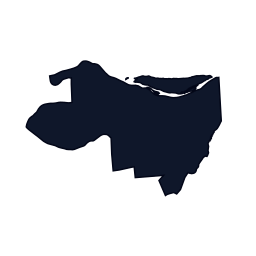 outline of Berón de Astrada, Corrientes, Argentina, rotated 348°
{"feature_id": "61730980B95294752297782", "entity_name": "Berón de Astrada", "entity_type": "district", "adm_level": 2, "iso_a3": "ARG", "parent_name": "Argentina", "parent_adm1": "Corrientes", "projection": "albers", "projection_center": [-57.552, -27.488], "detail": "fine", "context": "isolated", "style": "filled", "palette": "ink", "viewbox_px": 256, "rotation_deg": 348, "n_neighbors": 0, "source": "geoboundaries", "source_scale": "gbopen_adm2", "svg_char_len": 5743}
<svg xmlns="http://www.w3.org/2000/svg" viewBox="0 0 256 256"><g transform="rotate(348 128 128)"><path d="M47.0,126.9L53.2,130.1L55.8,132.1L56.8,132.7L59.2,133.9L61.8,135.1L63.5,136.1L65.5,136.7L66.9,137.0L69.3,137.7L71.3,137.7L76.5,136.8L81.0,136.3L81.8,136.0L82.6,135.6L84.3,134.3L86.6,133.2L87.8,132.9L89.3,132.9L91.3,133.3L92.4,133.0L96.4,131.1L99.4,129.7L101.1,129.2L103.0,129.1L105.6,129.8L106.7,130.5L108.0,132.1L109.4,134.4L106.7,150.0L104.6,166.8L110.7,167.2L123.2,167.1L126.0,167.2L124.8,178.0L153.0,181.7L147.4,185.8L150.6,201.8L152.5,201.1L155.1,200.8L159.0,200.6L159.6,200.8L161.9,202.6L166.4,199.2L166.9,198.5L173.3,188.2L177.4,184.1L177.8,184.5L180.7,185.8L182.4,185.9L183.3,185.8L184.3,185.4L185.2,184.7L185.8,183.8L186.5,182.3L187.2,181.7L187.9,181.3L188.6,180.7L189.1,179.9L189.4,178.7L189.7,178.1L190.2,177.5L194.5,173.5L195.3,172.6L195.8,172.3L197.7,171.5L199.3,172.2L199.9,171.6L201.6,169.0L201.6,166.5L203.0,162.7L202.9,159.9L204.9,157.4L205.6,157.5L205.8,156.7L206.2,156.7L206.6,155.3L207.3,155.6L207.6,154.3L208.1,153.8L207.3,153.6L208.4,152.3L209.2,152.4L210.3,150.8L211.3,150.0L211.4,149.1L212.7,148.3L214.2,147.6L215.1,147.0L216.2,145.9L218.0,143.9L219.5,141.9L220.7,140.5L222.2,130.6L227.3,97.4L226.6,97.4L225.3,97.0L224.1,97.1L219.6,98.6L216.9,99.6L214.5,100.8L209.6,103.5L208.0,104.6L206.4,105.1L202.8,105.3L200.7,105.7L198.1,106.5L196.5,106.7L192.1,107.8L184.5,108.4L182.0,108.3L178.6,107.8L176.3,107.0L170.8,104.4L168.1,103.6L166.1,103.2L164.5,102.7L163.9,102.6L162.4,101.7L160.8,100.5L159.6,99.1L158.6,97.9L158.0,96.8L156.9,95.2L155.1,93.4L153.5,92.5L151.1,92.2L150.1,91.9L146.6,88.8L146.0,88.6L144.2,87.8L140.2,87.0L138.2,86.2L137.0,85.5L135.9,84.5L135.6,84.3L133.0,82.0L130.3,80.1L126.4,77.0L124.5,75.8L122.5,74.8L120.6,73.6L119.6,72.5L118.7,71.3L118.4,70.7L117.4,69.5L116.3,67.5L113.1,61.7L112.2,60.4L111.2,59.5L109.9,58.8L108.3,58.1L107.4,58.0L106.1,57.4L105.1,56.4L103.4,55.1L101.4,54.0L99.9,53.6L98.0,53.4L96.4,54.0L93.9,55.7L92.8,56.6L91.6,57.3L90.3,57.7L87.7,58.2L84.4,58.5L79.5,58.8L75.8,58.8L73.0,59.3L67.3,60.8L62.2,60.8L61.9,65.0L61.9,66.6L62.2,67.9L63.0,69.4L64.4,70.5L65.8,71.0L66.5,71.0L68.3,70.8L70.3,69.8L72.0,68.7L73.1,67.7L74.3,67.1L75.7,66.8L80.3,66.4L81.1,66.6L82.0,67.1L83.0,67.2L81.7,73.2L78.6,91.3L76.5,91.3L74.8,91.0L70.8,89.7L67.3,88.8L65.6,88.6L63.0,88.6L61.5,88.5L59.9,88.3L57.5,87.8L55.4,87.6L51.8,87.5L49.9,87.7L48.2,88.2L46.6,89.0L44.5,90.7L42.0,93.5L39.7,94.8L37.6,96.3L36.1,96.8L33.9,98.0L32.8,99.0L31.5,100.7L29.8,103.3L28.7,105.8L29.4,107.2L30.9,109.2L36.3,115.6L37.8,117.3L42.7,123.4L44.7,125.2L46.3,126.5L47.0,126.9ZM155.0,81.0L154.0,80.4L153.5,80.2L152.7,80.1L151.8,80.2L150.3,80.4L148.9,80.4L147.9,80.6L147.3,80.7L146.9,80.7L146.7,80.8L146.0,80.8L144.7,80.7L144.5,80.8L144.1,81.0L144.3,81.0L145.1,81.1L145.5,81.6L145.8,81.8L146.1,81.6L146.3,81.3L146.5,81.2L147.2,81.3L147.5,81.4L147.5,81.6L147.3,81.8L146.4,82.1L145.3,82.8L144.4,83.5L143.8,83.7L143.6,84.0L144.6,84.7L146.4,85.0L147.4,85.4L148.7,85.8L149.6,86.3L150.3,86.9L151.7,88.4L152.6,88.7L153.6,89.3L155.1,89.8L155.8,89.9L156.7,90.3L158.2,91.8L162.8,95.1L164.1,95.7L164.1,95.9L164.4,96.1L165.5,96.5L166.4,96.7L167.8,97.4L169.2,98.5L170.6,99.6L173.4,101.0L174.1,101.4L174.3,101.5L175.6,102.1L177.0,102.4L177.8,102.4L181.8,103.6L182.7,104.0L183.3,104.5L184.8,105.2L185.9,105.3L186.4,105.1L187.0,104.7L187.3,104.3L188.0,103.8L188.5,103.8L189.6,104.4L190.0,104.4L190.6,104.3L191.3,103.9L193.5,103.3L194.3,102.9L195.2,102.2L195.6,102.0L198.9,101.1L200.0,100.8L200.8,100.7L203.2,100.3L204.1,100.1L205.2,99.7L205.8,99.7L206.3,99.5L207.4,99.2L209.1,99.0L211.0,98.3L212.4,97.7L212.8,97.7L213.3,97.6L213.5,97.4L214.1,97.1L215.7,96.8L216.2,96.8L216.9,96.6L217.8,95.8L218.2,96.0L218.7,96.0L219.6,95.8L220.5,95.8L220.6,95.2L219.2,93.9L218.7,93.7L216.8,93.6L216.2,93.7L214.2,93.1L213.5,92.6L212.7,92.4L210.2,91.9L209.2,91.9L205.7,91.2L203.1,91.3L202.8,91.4L202.3,91.3L201.0,91.3L199.9,91.7L198.9,91.6L197.1,91.7L194.0,91.3L193.7,91.3L192.9,91.0L187.3,90.3L185.7,89.7L184.5,89.5L182.7,89.0L181.1,89.1L180.6,89.0L179.7,88.6L177.9,88.1L177.4,88.2L173.6,87.3L173.1,87.1L172.9,86.8L170.9,86.6L170.1,86.3L169.2,86.2L168.6,85.9L167.4,85.4L166.3,85.3L165.2,85.0L163.8,84.1L161.9,83.3L161.2,83.0L159.4,81.6L158.9,81.4L158.2,81.4L158.0,81.5L157.6,81.5L156.4,81.3L155.0,81.0ZM202.7,102.6L202.4,102.2L201.3,102.3L200.5,102.3L199.7,102.3L197.5,102.9L196.6,103.1L195.6,103.5L195.0,103.6L192.9,104.8L192.6,105.2L192.7,105.3L192.8,105.4L193.0,105.4L193.6,105.2L194.4,105.1L194.8,104.9L195.4,104.8L196.4,104.8L196.9,105.0L197.3,105.0L199.1,104.9L201.3,104.3L201.9,103.9L202.3,103.4L202.7,103.2L202.7,102.6ZM165.2,99.4L163.3,98.3L162.6,98.1L161.9,97.6L161.3,97.3L160.5,96.5L160.0,96.6L160.4,97.1L161.3,99.0L161.5,99.2L162.2,99.4L162.7,99.4L163.1,99.2L165.0,99.9L165.6,100.2L165.5,99.8L165.2,99.4ZM204.3,101.0L204.5,100.8L205.0,100.7L205.3,100.4L205.2,100.1L203.6,100.5L202.9,100.9L200.9,101.0L200.0,101.7L200.4,102.0L201.9,102.2L202.0,102.1L202.5,102.1L203.5,101.3L203.9,101.2L204.1,101.0L204.3,101.0ZM189.2,104.7L188.5,104.1L188.1,104.1L187.8,104.2L187.2,104.9L186.9,105.2L186.7,105.2L186.6,105.5L187.9,105.6L188.8,105.5L189.4,105.2L189.8,105.2L189.8,104.9L189.6,104.7L189.2,104.7ZM164.7,101.2L165.2,100.9L165.3,100.5L164.8,100.1L164.2,100.0L163.3,99.5L162.6,99.6L161.9,99.6L162.1,99.9L164.2,101.1L164.7,101.2ZM155.9,92.3L155.4,92.3L155.7,92.8L156.1,93.1L156.9,93.5L158.1,94.3L158.4,94.7L159.4,95.3L159.4,95.1L158.9,94.7L158.4,94.0L157.6,93.5L157.2,93.1L155.9,92.3ZM136.5,79.9L136.9,79.6L137.4,79.4L138.3,79.4L138.6,79.1L138.6,78.9L138.1,78.8L137.5,78.8L136.6,79.1L136.2,79.4L136.0,80.0L136.5,79.9ZM190.7,106.0L191.6,105.0L191.1,105.0L190.0,105.3L190.1,105.7L190.3,105.8L190.7,106.0Z" fill="#0f172a" stroke="#020617" stroke-width="1.5"/></g></svg>